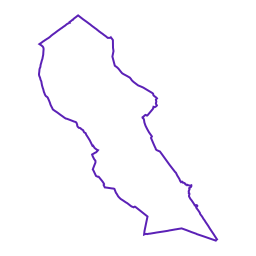 the district of Adancata, Suceava, Romania
{"feature_id": "2599482B17413063998291", "entity_name": "Adancata", "entity_type": "district", "adm_level": 2, "iso_a3": "ROU", "parent_name": "Romania", "parent_adm1": "Suceava", "projection": "mercator", "projection_center": [26.302, 47.737], "detail": "fine", "context": "isolated", "style": "outline", "palette": "violet", "viewbox_px": 256, "rotation_deg": 0, "n_neighbors": 0, "source": "geoboundaries", "source_scale": "gbopen_adm2", "svg_char_len": 5540}
<svg xmlns="http://www.w3.org/2000/svg" viewBox="0 0 256 256"><path d="M150.9,233.5L153.9,233.0L155.1,232.8L156.1,232.6L164.1,231.4L167.9,230.8L169.6,230.4L171.5,230.1L175.4,229.4L176.8,229.2L177.8,229.0L180.4,228.6L181.6,228.4L186.4,230.1L189.5,231.3L190.1,231.5L191.0,231.9L193.0,232.6L196.1,233.7L196.8,234.1L200.4,235.3L203.4,236.3L215.5,240.5L215.8,240.6L216.1,240.2L216.3,239.9L216.7,239.6L217.0,239.4L214.7,235.9L213.7,234.3L212.4,232.4L210.8,230.0L209.8,228.5L208.3,226.0L206.2,222.9L205.7,222.2L205.1,221.2L204.4,220.1L203.6,219.1L202.3,216.9L201.6,215.9L200.5,214.5L200.0,213.6L199.9,213.3L199.9,212.9L199.4,212.1L197.9,209.9L196.5,208.1L196.1,207.1L196.6,206.9L196.7,206.7L196.8,206.6L197.0,206.4L197.1,206.2L197.3,206.0L197.3,205.9L197.3,205.7L197.2,205.6L196.9,205.3L196.7,205.1L196.0,205.1L195.4,205.2L195.2,205.5L194.7,205.4L194.6,205.0L194.2,204.3L193.8,203.7L193.1,202.6L191.6,200.4L190.4,198.9L189.3,196.9L189.0,196.2L189.0,195.9L189.1,195.3L189.1,195.0L189.3,194.7L189.4,194.3L189.4,193.9L189.4,193.6L189.3,193.3L189.0,193.0L188.8,193.0L188.8,192.5L188.8,192.2L188.8,191.7L188.7,191.5L188.7,191.2L188.9,191.0L188.9,190.8L189.0,190.3L189.2,189.9L189.4,189.7L189.5,189.4L189.5,189.0L189.4,188.7L189.2,188.5L189.2,188.1L189.5,187.9L190.0,187.6L190.5,187.3L190.9,187.0L191.1,186.6L191.3,186.3L191.4,185.8L191.3,185.3L190.8,185.5L189.9,185.5L189.3,185.5L188.9,185.4L188.0,185.1L187.5,185.0L187.3,185.1L187.2,184.8L186.6,184.8L186.6,184.7L185.8,184.5L185.4,184.3L185.2,184.1L185.1,183.7L184.8,183.3L184.3,183.0L184.0,182.9L183.4,182.7L182.9,182.7L182.7,182.6L182.6,182.3L182.4,181.8L182.0,181.6L181.9,181.6L181.3,181.9L181.0,182.1L180.4,181.3L179.9,180.3L179.4,179.0L178.0,176.7L177.3,175.6L176.6,174.2L176.1,173.1L175.8,172.6L175.1,172.0L169.6,164.9L164.2,157.4L161.9,154.2L159.9,151.5L158.0,150.7L156.5,150.0L155.8,149.2L155.7,148.5L154.8,146.7L153.3,143.3L151.0,137.9L151.9,136.4L149.0,132.3L148.1,130.7L147.1,128.9L145.5,125.7L144.4,122.5L144.0,119.8L143.3,118.2L142.7,118.0L142.5,117.3L143.3,116.7L145.4,114.9L145.9,115.0L147.0,115.6L147.6,115.2L150.8,111.4L152.9,108.9L153.5,106.8L154.7,107.2L155.7,106.6L156.4,106.1L156.9,105.4L156.1,104.1L155.9,103.6L155.9,103.1L156.2,102.2L156.3,101.5L156.1,100.7L155.9,99.6L157.0,98.4L156.4,97.7L153.8,95.7L153.4,95.2L153.1,93.7L152.3,93.0L147.6,90.2L143.3,87.6L141.3,86.7L138.1,85.4L133.5,81.9L131.8,80.3L130.9,78.9L129.8,77.6L127.2,76.1L123.5,74.1L122.1,73.2L120.9,71.8L118.4,68.6L116.9,67.2L114.8,65.7L112.4,56.6L113.5,51.1L113.0,47.8L112.9,40.1L112.7,39.8L112.0,38.8L111.9,38.7L111.7,38.5L111.6,38.3L111.4,38.0L111.1,37.8L110.9,37.6L110.8,37.4L110.7,37.5L110.2,37.8L109.8,37.8L109.4,37.9L108.8,37.9L108.4,37.8L108.1,37.9L107.8,37.9L107.4,37.6L106.9,37.2L106.4,36.7L105.7,36.2L104.9,35.6L104.2,35.1L103.6,34.7L103.3,34.4L102.9,34.1L102.4,33.7L101.8,33.3L101.4,33.1L100.9,32.7L100.6,32.4L100.3,32.2L100.1,32.1L99.1,31.4L98.6,30.9L97.5,30.1L96.5,29.2L95.9,28.8L94.5,27.8L93.5,27.0L93.0,26.7L92.5,26.3L91.3,25.4L91.0,25.1L90.3,24.5L89.8,24.2L86.9,22.0L83.1,19.3L78.1,15.4L77.4,15.9L76.8,16.4L76.4,16.7L75.9,17.1L75.4,17.5L74.5,18.1L74.2,18.4L73.8,18.7L73.0,19.6L72.9,19.5L72.5,19.8L71.4,20.7L71.1,21.0L70.6,21.3L69.5,22.1L69.7,22.6L69.4,22.6L69.2,22.8L68.9,23.1L68.4,23.3L68.1,23.5L67.9,23.6L67.6,23.7L67.4,23.8L66.8,24.2L66.3,24.6L65.7,25.1L65.1,25.6L64.6,26.0L64.0,26.3L63.7,26.6L63.4,26.8L62.9,27.1L62.4,27.5L61.9,27.9L61.3,28.3L60.6,28.7L60.0,29.2L59.3,29.7L58.6,30.2L58.0,30.6L57.3,31.1L56.7,31.6L56.0,32.1L55.4,32.6L54.7,33.1L54.0,33.6L53.3,34.1L52.6,34.6L52.0,35.1L51.3,35.6L50.7,36.2L50.2,36.7L49.9,36.9L49.5,37.2L48.9,37.7L47.5,38.6L46.8,39.0L46.1,39.5L45.4,39.9L44.7,40.4L44.0,40.9L43.3,41.3L42.6,41.8L42.0,42.3L41.3,42.8L40.6,43.3L39.9,43.7L39.7,43.9L39.4,44.1L40.3,44.7L40.7,44.9L41.1,45.2L41.6,45.6L42.2,46.1L42.6,46.4L43.2,47.3L43.5,48.2L43.6,49.2L43.4,51.5L43.2,54.8L42.8,56.7L42.4,58.9L41.9,60.2L41.3,62.5L40.6,64.9L40.4,66.7L40.2,67.5L39.8,68.2L39.5,69.3L39.3,71.6L39.0,74.0L39.0,74.5L39.1,75.2L39.3,76.0L40.0,77.6L40.3,78.7L40.5,79.7L41.2,81.1L41.4,81.8L41.6,83.2L42.0,85.3L42.8,88.1L43.2,89.1L43.9,91.9L44.0,92.2L44.4,93.0L44.9,94.5L45.4,95.4L45.9,96.1L46.3,96.4L47.3,97.1L47.7,97.6L48.0,98.2L48.6,99.6L49.1,100.7L50.0,103.0L50.5,104.7L51.4,106.5L52.4,108.4L52.8,109.4L53.5,109.9L54.9,110.9L56.9,112.2L58.4,113.3L60.4,114.8L62.4,116.2L64.7,117.9L65.7,118.5L66.2,118.7L66.6,118.7L67.0,118.8L67.5,119.0L69.9,119.9L72.2,120.8L74.2,121.6L75.7,122.0L76.4,122.7L77.1,124.4L77.2,124.9L77.2,125.7L77.7,126.7L78.5,127.5L78.8,127.8L79.7,127.9L80.4,128.2L80.8,128.5L81.3,129.1L81.8,129.4L82.5,129.8L83.2,130.3L83.5,131.1L83.7,131.5L83.8,131.8L84.4,132.5L85.0,132.8L85.5,133.0L85.8,133.6L86.2,134.7L87.9,137.3L89.8,140.4L92.5,145.9L93.1,145.6L94.6,148.0L96.7,149.6L98.0,150.2L97.3,151.1L96.1,152.3L95.0,152.8L92.1,154.5L92.5,155.7L92.8,156.5L93.5,157.8L94.0,158.9L94.7,159.8L95.4,160.7L95.4,161.0L95.5,162.0L95.3,163.0L94.5,164.9L93.3,168.0L92.8,169.5L93.1,169.8L96.0,175.9L97.2,176.5L97.9,176.8L98.2,176.8L98.6,176.7L98.8,176.9L102.2,181.1L103.4,182.8L104.1,184.1L103.9,184.5L103.6,185.0L104.8,187.4L107.2,187.7L111.7,188.4L113.7,188.6L114.4,188.9L115.0,190.4L115.9,192.7L116.7,193.8L118.0,196.1L118.7,197.0L120.6,198.9L123.1,200.5L125.9,202.4L127.3,203.2L130.6,205.8L131.6,206.5L133.0,207.0L133.5,207.2L133.7,207.3L134.1,207.0L134.6,206.7L135.0,206.7L135.9,207.3L139.2,209.9L143.1,213.0L147.5,216.5L144.5,231.0L144.1,234.5L144.8,234.2L145.6,234.0L146.4,233.9L147.1,234.1L148.5,233.8L149.2,233.7L149.7,233.7L150.9,233.5Z" fill="none" stroke="#5b21b6" stroke-width="2"/></svg>